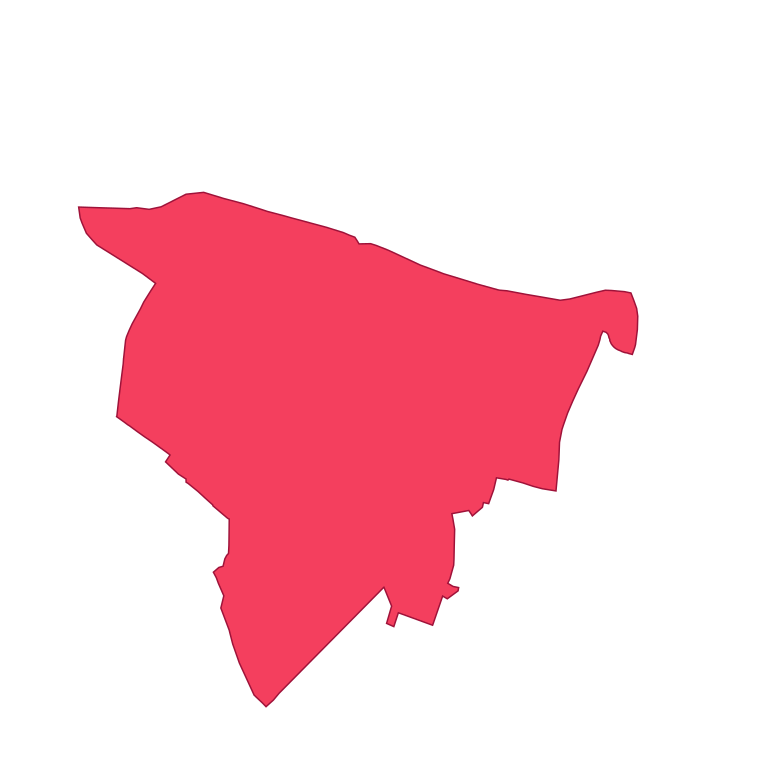 Tarauni, Kano, Nigeria (Natural Earth projection), rotated 341°
{"feature_id": "59680162B24840578600877", "entity_name": "Tarauni", "entity_type": "district", "adm_level": 2, "iso_a3": "NGA", "parent_name": "Nigeria", "parent_adm1": "Kano", "projection": "natural_earth1", "projection_center": [8.56, 11.961], "detail": "fine", "context": "isolated", "style": "filled", "palette": "rose", "viewbox_px": 768, "rotation_deg": 341, "n_neighbors": 0, "source": "geoboundaries", "source_scale": "gbopen_adm2", "svg_char_len": 2547}
<svg xmlns="http://www.w3.org/2000/svg" viewBox="0 0 768 768"><g transform="rotate(341 384 384)"><path d="M152.9,117.3L150.8,128.1L150.9,133.5L151.7,144.6L154.8,152.2L157.7,159.0L191.6,200.9L200.8,214.5L194.0,219.8L183.5,228.3L178.2,233.6L174.9,236.6L165.7,244.9L160.6,250.2L156.0,255.4L153.9,258.5L146.3,274.7L146.1,275.0L144.0,280.0L139.0,290.1L129.2,310.1L127.5,313.6L121.0,327.3L120.5,327.8L124.6,333.5L128.5,339.2L129.6,340.5L135.6,349.2L140.9,356.6L145.6,362.8L151.2,370.7L157.7,380.0L158.6,381.5L152.6,386.1L152.1,386.5L160.3,402.3L165.9,409.4L164.9,412.4L166.4,414.2L173.0,424.8L177.9,433.9L182.7,442.5L182.6,443.5L192.1,459.5L192.9,460.6L193.7,461.3L189.0,474.5L184.8,486.2L181.8,493.6L179.4,494.9L176.6,497.5L172.5,503.9L168.1,503.7L161.4,506.4L162.4,512.7L162.5,518.5L163.6,532.1L156.8,542.7L157.5,566.5L157.3,568.4L156.3,580.6L156.4,600.7L159.9,635.7L159.9,635.9L165.1,645.8L167.4,650.7L176.6,646.8L184.2,642.2L184.4,642.1L317.7,576.1L317.8,576.1L318.9,596.5L308.5,611.2L314.3,616.6L323.1,605.0L351.4,627.9L351.5,627.8L351.6,627.7L370.4,603.6L373.9,607.7L386.7,603.7L388.3,600.8L383.4,597.9L379.4,593.2L382.9,589.6L390.9,578.0L393.1,572.5L397.5,560.5L403.5,544.4L405.2,534.1L405.8,529.8L406.0,528.7L411.3,529.5L423.0,531.2L423.8,534.1L424.6,537.5L430.4,535.2L436.5,532.8L437.0,532.5L439.4,528.5L444.0,531.2L447.5,526.8L453.3,519.6L459.8,509.3L462.7,510.9L468.2,513.9L469.9,515.2L471.2,514.6L483.2,522.8L491.7,529.3L499.5,534.5L511.8,541.1L524.6,512.7L531.0,496.2L537.5,484.9L540.3,481.2L548.1,471.3L556.6,461.9L566.2,451.8L579.9,438.2L599.2,417.1L602.5,412.5L604.4,409.3L608.1,405.3L610.9,407.5L611.9,409.7L612.0,411.3L611.8,413.5L612.0,415.2L611.6,416.7L611.8,418.0L611.9,419.8L612.6,422.1L613.6,424.3L614.7,426.0L616.5,428.0L618.4,429.6L619.5,430.8L621.9,432.7L624.2,433.9L625.5,435.0L627.1,436.0L628.4,436.9L632.9,431.2L634.6,428.7L641.3,415.0L646.0,402.5L647.5,394.8L647.4,386.0L647.1,378.3L641.3,374.9L629.4,369.6L623.8,367.4L614.4,366.4L597.7,365.0L587.3,364.1L577.9,362.2L563.2,354.1L547.3,345.4L530.6,335.9L524.0,333.0L522.3,332.0L505.0,320.1L491.6,310.3L476.4,299.3L464.1,289.1L457.1,283.4L431.7,259.0L421.8,250.5L418.7,248.2L417.1,247.0L415.6,246.5L406.0,243.4L405.3,240.1L404.2,235.7L400.3,232.5L400.0,232.3L395.1,227.8L381.8,218.0L381.3,217.6L350.4,196.7L344.8,192.8L334.2,185.7L330.0,182.9L324.2,178.5L323.8,178.2L321.0,176.1L310.1,168.0L292.7,156.3L275.9,144.1L258.6,140.1L230.9,143.9L218.8,142.4L207.5,136.8L200.8,135.5L185.3,129.6L175.7,126.0L152.9,117.3Z" fill="#f43f5e" stroke="#9f1239" stroke-width="1.5"/></g></svg>